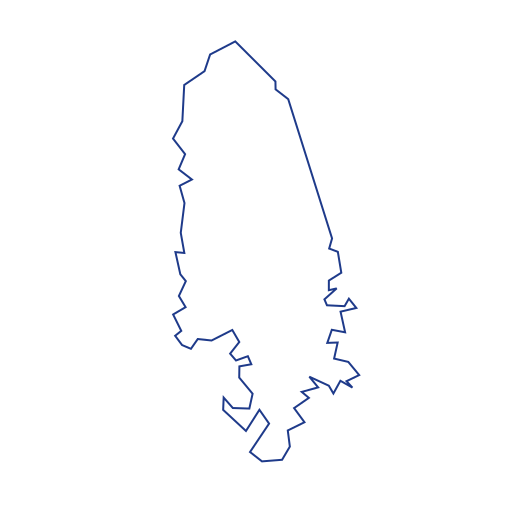 Garrard, Kentucky, United States of America (Albers equal-area conic projection), rotated 212°
{"feature_id": "52423323B74527006029943", "entity_name": "Garrard", "entity_type": "district", "adm_level": 2, "iso_a3": "USA", "parent_name": "United States of America", "parent_adm1": "Kentucky", "projection": "albers", "projection_center": [-84.593, 37.65], "detail": "fine", "context": "isolated", "style": "outline", "palette": "blue", "viewbox_px": 512, "rotation_deg": 212, "n_neighbors": 0, "source": "geoboundaries", "source_scale": "gbopen_adm2", "svg_char_len": 1134}
<svg xmlns="http://www.w3.org/2000/svg" viewBox="0 0 512 512"><g transform="rotate(212 256 256)"><path d="M125.9,97.0L126.3,112.3L136.6,124.9L126.8,140.7L143.1,147.2L136.0,163.7L145.2,165.0L133.7,177.5L146.8,181.9L125.5,184.6L117.5,180.4L118.3,194.9L104.5,195.5L112.9,197.8L105.4,209.7L121.6,215.1L135.4,210.4L140.9,225.9L149.5,220.1L152.6,233.6L140.0,238.5L154.8,253.6L143.4,265.1L154.6,269.0L154.3,260.4L169.7,251.8L175.0,255.5L170.4,271.3L176.1,265.6L181.2,273.8L174.8,287.0L188.8,302.9L197.9,301.1L200.8,311.2L311.8,406.1L327.7,407.7L332.0,414.3L387.3,427.0L401.7,402.6L397.6,385.5L407.5,363.0L389.9,331.3L388.6,311.6L370.1,304.8L367.5,288.5L350.9,286.9L358.0,275.1L344.7,263.0L332.1,235.8L318.4,220.6L326.4,216.6L310.5,200.4L302.2,197.5L300.2,181.2L288.6,175.3L295.3,162.5L279.7,152.9L282.3,145.5L271.5,141.3L262.0,142.8L261.4,154.7L248.9,160.8L236.9,180.7L224.6,174.2L226.2,159.5L217.6,156.8L209.8,166.7L202.6,161.7L211.6,153.6L205.8,144.0L185.9,137.4L180.8,123.1L195.1,114.8L208.4,118.8L202.3,108.1L171.8,102.3L171.6,127.4L156.1,120.8L157.2,86.6L142.1,85.0L125.9,97.0Z" fill="none" stroke="#1e3a8a" stroke-width="2"/></g></svg>